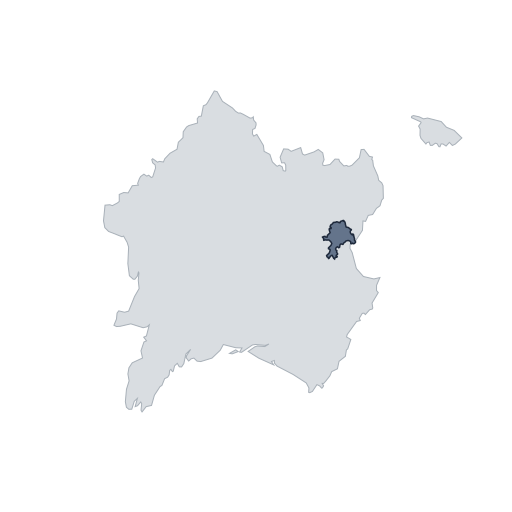 Gard highlighted on a map of France, rotated 288°
{"feature_id": "FRA-5293", "entity_name": "Gard", "entity_type": "Metropolitan department", "adm_level": 1, "iso_a3": "FRA", "parent_name": "France", "parent_adm1": "", "projection": "natural_earth1", "projection_center": [4.221, 43.959], "detail": "fine", "context": "in_parent", "style": "filled", "palette": "slate", "viewbox_px": 512, "rotation_deg": 288, "n_neighbors": 0, "source": "natural_earth", "source_scale": "10m", "svg_char_len": 7081}
<svg xmlns="http://www.w3.org/2000/svg" viewBox="0 0 512 512"><g transform="rotate(288 256 256)"><path d="M387.5,210.4L384.5,211.8L382.6,214.9L380.6,215.6L377.0,215.6L375.3,213.7L371.0,214.9L369.3,216.8L371.9,219.2L363.4,228.9L358.0,231.4L356.9,237.8L350.5,242.5L348.1,247.5L347.9,248.5L349.6,250.1L348.9,253.4L345.6,255.5L345.7,257.6L346.6,257.9L351.6,256.2L353.5,254.3L352.5,251.6L357.4,248.4L366.4,249.2L367.5,253.5L366.4,257.1L372.9,265.0L367.4,268.7L367.0,271.1L372.9,279.0L376.6,282.3L374.7,287.6L368.6,291.0L364.7,290.7L363.0,291.6L363.2,293.3L365.9,298.1L372.6,301.2L373.6,304.9L371.8,306.2L368.8,311.7L370.2,314.4L369.7,315.6L370.4,317.4L372.1,319.3L381.4,324.0L389.7,323.1L390.8,325.8L385.8,333.0L386.1,336.2L383.5,336.3L383.1,337.4L378.0,339.8L369.8,347.1L365.9,349.3L364.4,353.0L362.1,355.1L350.2,359.3L348.0,358.3L342.1,358.4L338.5,355.8L331.5,354.1L329.3,350.2L322.8,349.5L322.4,346.9L313.3,349.3L300.5,345.8L296.0,342.0L292.3,343.0L289.0,346.4L275.1,355.3L269.7,364.5L270.6,375.2L273.8,380.5L265.4,379.7L260.4,381.3L259.0,383.6L247.1,380.9L242.7,383.1L241.5,383.0L240.0,380.7L234.1,378.1L235.0,376.4L234.3,374.8L228.8,373.5L226.8,375.1L224.8,371.9L209.5,367.0L207.0,367.1L205.9,372.0L196.0,371.9L194.6,371.0L188.2,372.0L181.5,367.5L173.9,368.3L169.4,363.7L164.9,363.3L158.6,361.0L155.7,359.7L155.3,358.3L153.4,360.4L151.1,359.9L150.6,359.3L152.1,356.7L152.5,353.7L144.6,351.5L142.6,349.3L142.6,348.2L146.9,347.1L150.8,343.0L154.8,327.9L157.8,310.0L159.8,306.7L162.3,305.7L160.4,303.3L157.9,306.5L159.7,290.2L162.8,278.0L169.3,283.0L170.8,285.1L172.6,292.4L176.3,295.5L173.9,292.5L171.7,282.8L170.3,280.1L159.9,272.0L159.6,270.1L164.2,271.1L162.5,265.0L161.7,252.3L155.3,251.1L145.3,245.7L138.5,236.0L137.8,232.4L139.7,228.5L138.2,226.1L135.3,224.4L137.6,221.1L139.7,220.8L147.0,222.7L141.1,219.6L131.4,220.6L127.5,219.5L126.9,217.3L129.6,214.3L126.4,212.5L120.9,212.9L120.2,212.2L121.9,210.1L120.5,209.3L116.0,210.1L113.4,209.4L111.1,207.0L103.8,206.5L102.2,205.1L92.2,202.4L81.6,202.8L78.8,198.1L72.5,195.8L73.8,194.3L80.3,192.9L81.6,191.5L77.0,189.6L75.4,187.6L84.0,187.2L80.2,185.1L71.9,185.2L70.9,182.4L72.1,179.5L77.0,176.8L89.2,174.0L98.0,173.9L104.3,170.6L110.4,169.7L116.2,171.3L123.9,179.6L130.3,175.9L139.6,176.0L141.5,178.1L144.1,174.3L146.1,176.5L157.6,175.8L155.0,174.3L152.9,170.8L152.8,157.9L147.2,148.6L145.8,145.2L146.2,142.3L153.0,142.8L158.7,141.5L161.4,142.4L161.9,148.4L164.2,151.9L179.9,153.0L188.9,154.9L196.6,151.5L203.8,149.9L204.4,149.1L200.2,149.4L196.5,148.0L196.0,146.4L198.1,141.7L209.1,136.5L225.1,132.1L229.2,129.2L234.0,123.9L232.9,122.6L233.8,108.2L236.2,103.5L242.3,100.1L257.7,96.7L259.6,101.2L259.5,103.8L263.6,107.8L265.6,109.1L272.3,106.9L275.5,110.6L276.5,114.9L284.6,116.6L287.0,122.2L288.5,121.0L293.5,121.2L295.9,121.7L299.2,124.1L298.2,127.4L299.7,129.0L298.3,132.1L299.3,133.3L308.6,133.3L311.4,132.0L312.7,128.9L315.5,127.1L316.6,127.7L314.8,133.4L316.1,134.8L316.8,138.9L320.3,139.2L327.2,142.5L333.1,147.9L340.2,147.0L345.9,150.0L351.7,148.4L357.2,150.1L359.2,151.7L364.4,159.3L368.3,157.7L371.1,158.6L372.1,160.8L382.6,159.5L384.5,161.7L386.7,162.5L400.1,165.3L400.3,168.2L392.7,176.3L389.5,187.9L387.3,191.9L386.5,195.0L387.2,197.0L386.8,200.1L385.3,207.7L386.3,209.9L387.5,210.4ZM438.8,368.1L438.2,373.0L440.2,376.5L441.1,390.6L437.3,397.3L436.7,405.6L431.9,415.3L424.1,411.0L421.8,408.6L423.8,404.8L419.3,402.8L420.3,399.2L419.8,397.4L416.7,397.2L416.5,396.2L418.8,393.4L418.7,391.7L415.7,389.5L415.1,387.6L417.9,385.4L416.6,383.5L415.0,383.0L418.8,376.6L421.4,374.7L427.4,372.9L429.8,370.5L433.8,371.8L434.5,371.2L435.6,361.1L436.9,360.9L438.2,362.3L438.8,368.1ZM160.5,265.7L159.6,268.6L155.6,263.6L155.2,260.9L160.5,265.7Z" fill="#d9dde1" stroke="#a8b0b8" stroke-width="1"/><path d="M300.0,346.4L299.4,346.3L298.8,346.0L298.1,345.5L297.7,344.7L298.1,344.0L298.1,343.9L297.4,343.4L297.2,343.1L297.2,342.3L298.7,341.7L299.3,340.4L299.2,338.8L298.3,337.2L298.0,336.9L296.8,336.4L295.3,335.3L294.1,335.2L293.9,335.1L293.8,334.7L293.8,333.6L293.7,333.1L293.4,332.8L293.0,332.5L292.1,332.5L290.2,332.8L289.4,332.2L290.0,330.7L288.9,329.7L287.3,329.5L286.3,330.3L286.1,331.1L285.9,331.4L285.6,331.4L285.0,331.3L284.4,331.5L283.7,332.6L283.2,333.0L282.7,333.0L281.9,332.3L281.4,332.1L280.9,332.2L280.8,332.6L280.7,333.0L280.5,333.4L280.2,333.4L279.9,333.3L279.6,332.9L279.2,331.9L278.7,331.7L277.4,331.7L277.8,330.6L278.0,330.4L278.3,330.1L278.7,329.8L278.9,329.6L279.2,329.2L280.0,328.5L280.1,328.4L280.2,328.1L280.0,327.8L279.8,327.6L279.2,327.2L278.8,326.9L278.6,326.8L278.4,326.7L277.9,326.7L277.7,326.6L277.3,326.3L277.2,326.2L276.9,326.2L276.7,326.3L276.5,326.2L276.3,326.1L276.1,326.0L276.0,325.9L276.0,325.7L276.7,325.3L276.9,325.1L277.0,324.8L277.0,324.3L277.0,324.1L277.4,323.6L278.3,323.0L281.0,324.5L282.0,324.8L284.6,324.7L285.1,324.3L285.2,323.7L285.2,323.1L285.3,322.7L286.0,322.4L286.5,322.6L289.2,324.0L291.1,324.2L291.4,324.2L292.5,323.0L293.5,321.1L293.7,320.4L293.6,319.9L293.0,318.4L292.8,317.3L292.7,316.9L291.9,315.6L292.3,315.3L293.2,315.1L293.6,314.9L294.2,313.7L294.5,313.4L295.2,314.0L295.6,314.7L295.9,315.2L296.0,315.5L295.8,315.6L295.7,315.8L295.6,316.1L295.7,316.5L295.8,317.6L295.9,317.8L296.1,317.8L296.6,317.7L296.8,317.7L297.1,317.7L297.3,317.7L297.8,317.5L298.0,317.6L298.3,317.9L298.5,318.0L298.8,318.1L300.6,319.1L300.9,319.2L301.2,319.2L301.4,319.2L301.6,319.0L301.9,318.6L302.1,318.5L302.8,318.1L303.4,317.6L303.6,317.5L304.4,317.3L304.7,317.3L304.9,317.5L305.0,317.7L305.0,317.9L304.9,318.1L304.9,318.3L305.0,318.6L305.3,318.9L305.6,318.9L305.8,318.9L306.1,318.8L306.3,318.6L306.3,318.4L306.4,318.2L306.4,317.8L306.5,317.6L306.8,317.4L307.6,317.4L308.2,317.4L309.0,317.7L309.1,317.9L309.2,318.0L309.3,318.0L309.5,318.2L309.7,318.4L309.8,318.5L310.6,318.9L311.8,319.2L312.1,320.0L312.3,320.4L312.5,320.6L312.6,320.9L312.6,321.0L312.6,321.3L312.8,321.5L313.1,321.7L313.3,321.9L313.4,322.1L313.5,322.2L313.6,323.2L313.6,323.5L313.5,323.9L313.5,324.0L313.4,324.3L313.5,325.4L313.6,325.6L313.8,325.7L314.0,325.6L314.5,325.5L314.8,325.6L315.0,325.7L316.2,327.3L316.7,327.8L316.8,328.0L316.8,328.4L316.8,328.5L316.7,328.5L316.4,328.5L316.2,328.5L316.1,328.8L316.1,329.3L316.1,329.5L315.9,329.9L315.7,330.1L315.2,330.4L315.1,330.5L314.8,330.8L314.0,331.1L313.6,331.3L312.6,332.0L311.9,332.4L311.6,332.6L311.4,332.8L311.4,333.1L311.4,333.5L311.5,333.7L311.5,333.8L311.6,334.5L311.6,335.0L311.5,335.3L311.2,336.2L310.8,337.1L310.7,337.2L310.7,337.4L310.8,337.5L310.8,337.9L310.7,338.3L310.6,338.5L310.4,338.6L310.2,338.6L309.8,338.4L309.6,338.3L308.8,338.0L308.7,338.0L308.4,338.0L307.7,338.3L307.1,338.7L306.4,339.6L306.3,339.8L306.2,340.1L306.2,340.3L305.9,340.7L305.9,340.9L305.9,341.0L306.0,341.1L306.3,341.2L306.7,341.2L306.7,341.3L306.8,341.5L306.6,341.9L306.5,342.1L306.4,342.2L306.2,342.2L305.8,342.2L305.6,342.3L305.4,342.4L305.3,342.5L305.3,342.9L305.2,343.0L304.6,343.1L303.4,344.0L303.0,344.3L302.7,344.4L302.1,344.5L301.9,344.7L301.7,344.9L301.5,345.0L301.3,345.0L301.2,345.0L300.9,345.6L300.7,346.0L300.0,346.4Z" fill="#64748b" stroke="#1e293b" stroke-width="1.5"/></g></svg>